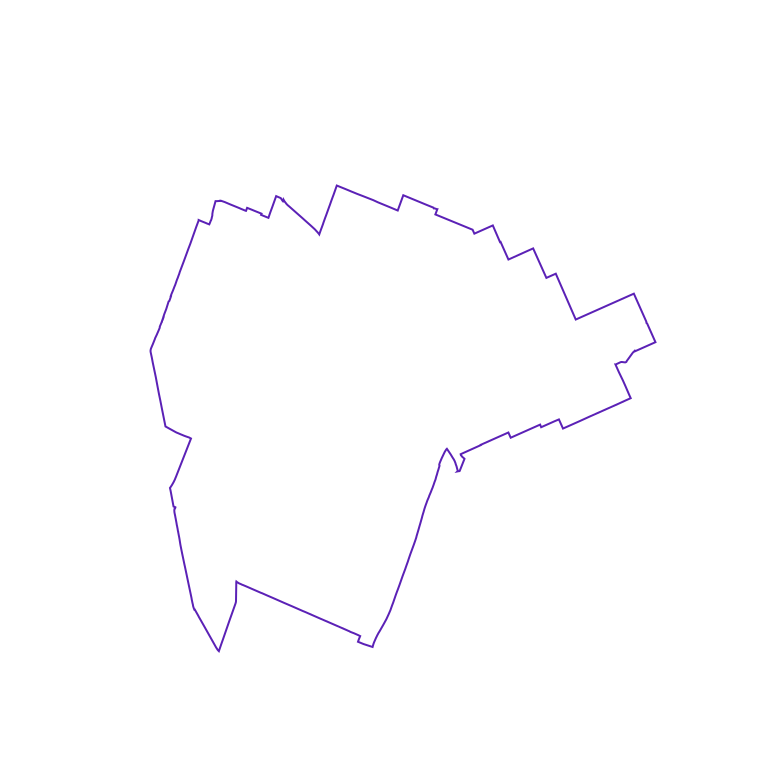 Gosnells, Western Australia, Australia, rotated 336°
{"feature_id": "25037944B22326870513085", "entity_name": "Gosnells", "entity_type": "district", "adm_level": 2, "iso_a3": "AUS", "parent_name": "Australia", "parent_adm1": "Western Australia", "projection": "natural_earth1", "projection_center": [115.98, -32.068], "detail": "fine", "context": "isolated", "style": "outline", "palette": "violet", "viewbox_px": 768, "rotation_deg": 336, "n_neighbors": 0, "source": "geoboundaries", "source_scale": "gbopen_adm2", "svg_char_len": 6094}
<svg xmlns="http://www.w3.org/2000/svg" viewBox="0 0 768 768"><g transform="rotate(336 384 384)"><path d="M649.0,448.7L649.0,443.1L649.0,435.8L648.6,435.0L649.0,433.7L649.0,427.5L649.0,427.4L649.0,403.1L623.2,403.1L609.8,403.1L608.1,403.1L603.3,403.1L596.9,403.1L585.4,403.1L585.8,353.1L575.5,353.1L575.4,320.8L570.5,320.8L548.3,320.9L548.3,304.9L548.3,301.6L547.7,301.6L547.9,283.4L527.7,283.4L527.7,279.1L499.9,250.0L503.8,246.0L503.4,245.8L502.5,244.9L501.7,244.2L501.4,244.0L500.9,243.8L500.9,243.0L495.4,237.3L491.8,233.5L478.4,219.4L467.1,231.1L460.8,224.4L452.4,215.6L449.0,211.7L441.4,204.0L437.5,200.1L436.6,199.2L434.8,197.3L432.2,194.6L431.0,193.3L427.1,189.2L426.6,188.7L421.6,183.5L414.8,190.7L413.4,192.1L410.3,195.3L407.1,198.7L406.3,199.5L399.5,206.6L398.1,208.0L394.0,212.3L393.7,212.7L390.9,215.6L389.9,216.6L387.4,219.2L385.7,221.0L385.6,220.4L385.0,218.3L384.4,216.6L383.9,215.0L383.2,213.3L382.5,211.7L381.6,209.6L378.2,202.1L377.1,199.6L374.4,193.7L369.6,183.2L369.2,182.4L368.8,181.6L368.5,180.8L368.2,180.0L368.0,179.2L367.8,178.3L367.6,177.5L367.4,176.6L367.3,175.6L367.2,174.6L366.6,175.3L366.0,175.9L365.8,175.3L365.3,172.2L364.2,171.0L361.9,168.5L357.9,172.7L353.9,176.9L349.9,181.0L346.0,185.2L340.5,179.5L341.4,178.6L335.9,172.9L334.2,171.1L330.8,167.6L330.6,167.4L328.4,169.7L328.1,169.5L324.0,165.2L323.8,164.9L316.5,157.3L312.5,153.0L309.4,150.1L309.1,150.0L309.1,150.3L308.7,150.1L306.3,149.2L304.5,148.4L298.1,156.2L296.5,158.6L295.6,160.4L294.3,162.0L294.1,162.3L293.8,162.8L293.2,163.4L292.6,164.1L292.4,164.2L292.2,164.3L291.5,165.0L290.2,166.3L289.3,167.1L288.6,166.4L287.5,165.3L286.6,164.3L283.2,160.8L281.4,158.8L281.2,159.2L276.6,163.9L276.4,164.1L264.0,177.2L263.7,177.5L259.9,181.3L257.4,183.9L250.7,190.8L250.4,191.1L250.1,191.4L242.9,198.7L241.7,200.1L240.2,201.6L238.6,203.3L237.4,204.4L233.6,208.5L232.2,209.8L229.2,212.8L226.3,215.5L224.9,217.0L225.1,217.2L223.9,218.5L221.7,220.8L220.8,221.0L217.0,225.3L215.6,226.9L212.3,230.2L211.7,230.8L209.7,233.0L209.4,233.4L209.6,233.5L208.4,234.8L208.3,234.6L206.8,236.2L206.7,236.4L206.6,236.6L206.5,236.8L206.3,236.8L206.1,236.9L206.0,237.1L204.1,238.9L202.5,240.4L202.0,241.4L200.0,243.3L196.3,246.7L195.6,247.3L193.5,249.1L193.0,249.7L188.9,253.7L187.7,254.8L185.9,256.5L185.6,256.8L185.3,257.1L185.0,257.5L184.5,258.2L184.1,259.0L183.8,259.9L182.6,265.6L181.5,270.2L178.3,285.0L178.2,285.4L176.0,294.6L174.5,301.0L174.4,301.4L172.9,308.3L171.1,316.1L167.1,333.9L174.4,343.6L175.3,344.6L176.0,345.3L176.8,346.2L178.1,347.6L178.7,348.2L180.0,349.6L181.3,350.9L183.1,352.6L184.1,353.5L185.1,354.8L185.5,355.3L164.3,376.2L157.4,383.0L156.4,384.0L155.2,385.1L154.1,386.2L152.9,387.2L151.7,388.2L150.6,389.0L149.1,390.1L146.9,391.5L146.2,391.9L145.6,394.8L142.5,407.8L141.9,410.3L143.0,411.4L143.3,411.8L142.7,412.5L142.4,412.8L142.0,412.7L141.3,413.6L140.9,414.5L140.4,415.9L140.1,417.1L139.5,419.9L139.3,420.6L138.9,422.4L138.4,424.4L138.1,425.7L137.8,426.9L137.3,428.8L137.2,429.5L136.8,431.1L136.7,431.7L135.9,434.7L135.9,435.2L135.7,435.7L135.5,436.6L135.0,438.7L134.8,439.6L134.6,440.5L134.1,442.5L133.0,446.6L132.7,447.7L132.3,449.4L130.7,456.5L129.3,463.0L128.3,467.6L127.8,470.1L126.9,474.3L124.3,486.3L121.8,498.0L121.1,501.2L121.0,501.6L120.7,502.7L120.4,504.2L120.2,505.0L119.8,507.0L119.7,507.7L119.3,509.2L119.2,509.8L119.1,510.9L119.0,511.7L119.0,512.5L119.0,513.1L119.4,513.1L120.1,520.4L120.1,520.7L120.1,520.9L120.1,521.1L121.2,532.1L123.3,554.5L123.4,555.8L123.6,557.2L123.7,557.8L123.9,559.2L124.3,560.4L124.5,560.9L129.4,555.6L133.2,551.6L146.0,537.9L159.2,524.0L159.4,523.7L160.0,523.0L160.4,522.3L160.7,521.7L167.0,508.1L168.5,504.8L168.8,504.4L169.0,504.8L169.2,505.3L169.5,505.7L169.7,506.0L170.0,506.4L170.1,506.6L170.3,506.9L170.5,507.1L170.7,507.4L171.4,508.1L171.7,508.4L172.1,508.9L172.4,509.3L173.7,510.6L176.5,513.6L180.6,518.1L187.0,525.1L187.3,525.3L191.0,529.4L194.6,533.3L195.8,534.6L203.6,543.2L209.7,549.8L217.8,558.7L218.7,559.6L230.9,573.0L236.8,579.4L250.5,594.4L251.0,595.0L251.6,595.6L252.1,596.2L252.3,596.6L255.2,599.5L258.2,602.8L259.7,604.6L257.2,607.0L255.4,608.9L259.6,613.3L266.6,619.6L267.7,618.3L268.9,616.9L269.9,615.9L272.1,613.9L273.4,612.7L274.5,611.8L275.8,610.7L276.6,610.1L277.6,609.3L279.4,608.1L285.8,603.4L290.4,599.9L291.9,598.6L293.5,597.2L294.3,596.5L297.8,593.3L299.4,591.6L301.5,589.4L303.4,587.5L308.7,581.8L311.1,579.3L313.2,577.2L316.4,573.9L322.9,567.0L328.3,561.5L329.2,560.5L329.5,560.2L331.0,558.6L333.6,555.9L335.1,554.2L338.9,550.1L345.9,542.9L349.0,539.6L351.0,537.4L351.9,536.2L354.9,532.7L356.6,530.7L358.6,528.3L360.4,526.2L361.9,524.4L363.4,522.6L364.4,521.4L365.4,520.1L367.2,518.0L368.0,517.1L369.0,515.9L370.0,514.7L370.8,513.8L371.8,512.7L373.5,510.9L374.6,509.8L375.4,508.9L376.5,507.8L377.7,506.7L379.1,505.4L379.9,504.5L382.8,501.8L383.7,500.9L384.5,500.1L385.2,499.4L385.3,499.3L386.1,498.6L387.5,497.1L388.4,496.2L389.2,495.3L390.2,494.2L392.2,492.2L394.2,489.7L395.3,488.5L395.8,487.9L396.3,487.3L397.0,486.4L397.8,485.5L398.9,484.3L399.9,483.1L400.7,482.2L401.2,481.6L401.5,481.2L401.5,480.4L402.4,479.2L403.5,478.1L406.5,475.3L411.9,470.7L414.3,469.1L415.1,468.8L415.6,471.5L416.3,475.5L416.7,478.8L416.9,480.2L417.1,481.3L417.2,483.1L417.1,485.4L416.9,486.6L416.8,488.6L416.3,491.6L416.1,493.4L415.4,493.7L417.1,494.1L417.6,494.3L417.8,494.2L427.1,485.1L426.8,484.3L425.8,482.2L425.7,481.6L425.3,480.3L425.5,479.3L425.8,479.3L447.4,479.2L447.7,479.2L447.7,478.9L461.1,478.9L463.5,478.9L477.9,478.9L477.9,484.6L480.1,484.6L495.2,484.6L510.1,484.6L510.0,487.4L524.7,487.4L529.4,487.5L529.4,497.5L534.1,497.5L538.9,497.5L547.9,497.5L558.6,497.4L569.9,497.4L577.9,497.4L589.8,497.4L598.2,497.3L603.6,497.3L603.6,493.0L603.7,484.4L603.7,480.0L603.7,478.0L603.4,468.6L603.4,462.5L603.4,460.3L603.6,460.4L608.4,460.3L609.0,460.3L609.6,460.4L610.2,460.6L610.7,460.9L611.0,461.1L613.0,462.3L613.4,462.4L613.8,462.4L614.1,462.4L614.5,462.3L614.8,462.0L615.0,461.8L622.6,457.4L623.5,456.9L624.4,456.4L624.9,456.3L626.5,455.7L626.5,456.2L649.0,456.2L649.0,448.7Z" fill="none" stroke="#5b21b6" stroke-width="2"/></g></svg>